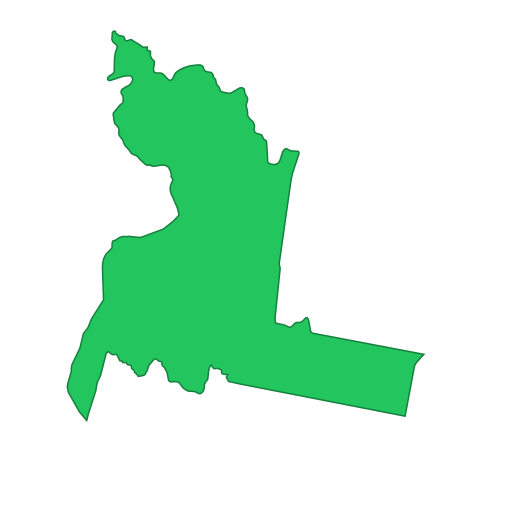 map outline of Chuquisaca (Robinson projection), rotated 11°
{"feature_id": "BOL-1292", "entity_name": "Chuquisaca", "entity_type": "Department", "adm_level": 1, "iso_a3": "BOL", "parent_name": "Bolivia", "parent_adm1": "", "projection": "robinson", "projection_center": [-64.786, -19.94], "detail": "fine", "context": "isolated", "style": "filled", "palette": "green", "viewbox_px": 512, "rotation_deg": 11, "n_neighbors": 0, "source": "natural_earth", "source_scale": "10m", "svg_char_len": 5944}
<svg xmlns="http://www.w3.org/2000/svg" viewBox="0 0 512 512"><g transform="rotate(11 256 256)"><path d="M439.6,320.5L437.3,324.1L433.5,330.5L432.6,333.7L432.9,384.8L264.8,384.7L255.0,384.4L252.9,384.4L252.8,384.0L250.8,381.8L250.0,380.6L250.3,379.4L251.0,378.0L250.3,377.7L249.1,377.9L248.5,378.2L245.5,378.1L244.5,377.4L244.2,375.2L243.3,374.3L241.2,373.8L238.9,373.8L237.3,374.4L236.1,374.6L234.6,373.5L233.3,371.9L232.7,371.6L231.8,373.7L231.7,374.3L231.5,375.5L231.5,378.5L232.1,385.8L232.1,386.4L231.9,387.1L231.5,387.9L230.7,388.9L230.3,390.9L229.9,391.9L229.8,392.5L230.3,394.3L230.4,395.0L230.3,397.4L230.1,398.1L229.9,398.8L229.7,399.4L228.9,400.5L228.4,401.1L227.3,401.9L226.6,402.0L225.7,401.9L222.9,401.0L221.6,400.8L215.2,401.5L213.3,401.1L209.4,399.3L205.6,395.8L204.7,395.1L204.2,394.9L202.8,394.6L202.1,394.6L200.2,394.8L196.9,395.8L196.0,395.8L195.2,395.7L194.7,395.4L194.3,395.0L193.9,394.6L193.6,394.0L191.1,387.8L190.8,387.3L187.6,383.2L187.2,382.9L185.2,381.6L184.8,381.2L184.5,380.7L183.9,378.9L183.7,378.3L183.3,377.9L182.8,377.7L182.2,377.7L180.9,377.7L180.3,377.5L179.7,377.3L178.3,376.4L177.7,376.2L177.1,376.1L176.4,376.4L175.6,377.0L174.6,378.6L173.7,380.4L172.2,383.0L171.5,384.8L171.3,386.3L171.3,388.5L171.2,389.1L170.4,390.8L170.2,391.5L169.9,392.9L169.5,393.7L168.8,394.4L167.0,395.3L165.1,396.0L163.8,396.6L163.3,396.5L162.8,396.2L162.1,395.3L161.7,395.0L160.1,394.1L159.6,393.8L159.2,393.4L158.3,392.0L158.0,391.6L157.5,391.2L157.0,390.9L155.8,390.5L155.3,390.1L154.8,388.3L154.5,387.8L154.1,387.4L153.5,387.2L152.9,387.1L151.6,387.2L151.0,387.2L150.4,387.0L150.0,386.6L149.2,385.8L148.7,385.5L148.1,385.4L147.5,385.6L146.5,386.0L146.0,386.1L145.5,386.0L145.2,385.6L144.5,384.7L143.8,384.7L143.1,384.9L142.3,384.8L142.2,384.7L138.9,380.3L138.1,379.5L137.6,379.3L137.0,379.3L136.4,379.5L134.9,380.1L134.3,380.2L133.7,380.1L131.9,379.5L131.4,379.2L130.0,378.2L129.4,378.2L128.8,378.5L128.1,379.4L127.8,380.1L127.5,380.9L126.2,403.1L124.4,409.9L124.3,411.1L124.3,416.0L124.5,418.5L121.6,442.8L121.2,449.8L112.5,442.8L97.7,425.5L95.9,420.9L95.7,420.2L95.6,417.2L96.7,404.5L96.6,403.8L96.3,402.6L96.1,401.2L96.0,399.6L96.2,397.1L100.7,380.2L101.4,364.9L104.1,359.8L104.9,357.7L106.2,350.7L106.6,348.9L114.7,328.1L107.3,295.9L107.0,293.4L106.9,289.1L107.0,287.9L108.0,283.9L108.5,282.8L109.1,281.7L112.6,276.5L113.1,274.5L112.5,272.4L112.4,271.7L112.4,269.1L112.8,268.4L113.3,268.0L114.5,267.6L115.0,267.3L115.4,267.0L117.2,265.1L119.3,263.3L121.8,262.2L125.0,261.7L127.3,261.0L138.1,260.0L139.9,259.4L159.8,247.3L168.0,237.8L171.5,232.4L172.5,230.7L171.7,228.2L169.4,223.4L160.5,210.6L159.4,208.2L158.8,206.0L158.7,203.6L159.0,201.1L159.6,199.0L159.7,198.0L159.7,196.9L159.3,196.2L158.6,195.2L157.9,194.4L157.6,194.5L157.1,191.9L155.9,189.2L154.2,186.8L152.4,185.1L149.6,184.3L146.5,184.6L138.3,187.5L135.9,187.5L135.6,187.2L135.3,186.7L134.9,186.5L134.1,187.1L132.0,187.8L129.4,186.9L123.0,182.9L121.3,181.5L119.6,180.4L114.9,179.5L113.1,178.2L111.6,176.5L106.4,172.6L105.2,171.2L102.9,167.3L100.1,165.1L98.6,163.5L98.0,162.1L97.5,158.8L97.1,157.3L96.4,156.3L95.7,155.6L92.3,153.1L90.7,149.9L88.7,144.0L88.7,143.3L88.8,142.8L89.3,141.8L93.7,133.7L94.4,132.8L95.8,131.5L96.1,130.8L96.1,130.2L96.0,129.7L95.7,128.4L95.6,126.8L95.2,125.3L94.6,124.2L93.8,123.2L92.9,122.4L92.7,122.1L92.4,121.4L92.2,120.1L92.3,119.0L92.5,118.3L92.7,118.0L96.5,114.4L98.2,113.2L98.9,112.6L99.6,111.5L100.7,109.5L101.1,108.0L101.2,106.8L101.0,105.6L100.8,104.9L100.3,104.3L99.8,103.9L99.2,103.5L98.6,103.3L98.1,103.2L97.4,103.2L92.8,104.4L90.7,105.3L79.3,111.6L78.7,111.7L78.2,111.8L77.7,111.7L76.9,111.2L76.6,110.6L76.5,109.8L76.6,109.0L76.9,108.3L77.3,107.8L77.7,107.2L80.2,104.9L81.0,103.8L81.5,102.7L81.6,102.2L79.4,89.0L79.1,83.9L79.8,78.1L79.7,76.8L79.3,75.9L78.2,75.1L75.9,73.9L75.2,73.4L74.5,72.7L73.5,71.4L73.2,70.6L73.0,69.9L73.0,68.8L72.4,64.5L72.6,63.4L73.0,62.9L73.5,62.5L74.1,62.3L74.6,62.2L75.1,62.4L75.4,62.8L75.6,63.8L75.9,64.2L76.3,64.5L77.6,64.7L78.2,64.9L78.7,65.3L79.3,65.7L80.0,65.8L83.1,65.6L83.9,65.8L84.5,66.1L84.9,66.4L85.3,66.9L85.8,68.1L86.1,68.8L86.6,69.2L87.2,69.5L87.8,69.5L88.4,69.3L91.4,67.7L92.1,67.5L92.6,67.4L93.1,67.6L93.9,68.1L101.9,71.0L104.3,72.3L105.9,72.5L109.4,71.6L109.7,72.8L109.8,73.9L110.2,75.2L111.1,75.2L112.3,74.8L113.4,75.2L114.1,79.3L114.7,80.4L115.8,81.8L116.9,83.0L118.1,83.4L119.3,84.7L119.6,87.6L119.6,90.9L119.9,93.3L121.3,95.1L123.2,95.4L127.3,94.6L129.2,94.8L131.0,95.8L135.9,99.3L137.3,99.9L138.7,99.8L140.0,98.5L140.6,96.9L141.4,93.4L142.1,91.7L143.2,90.3L145.6,87.8L149.5,84.8L155.2,81.8L162.8,79.4L165.2,79.1L167.2,79.7L168.0,80.5L169.2,82.6L169.9,83.6L172.0,84.5L177.1,84.4L179.0,85.9L180.3,88.5L181.2,89.6L182.5,90.1L182.7,90.7L184.2,94.2L185.1,95.4L187.2,97.1L188.1,98.2L189.7,100.6L190.7,101.3L192.2,101.5L197.5,101.5L199.2,101.2L200.5,100.7L207.7,94.3L210.1,93.4L212.3,94.2L212.9,95.1L213.9,98.0L214.4,99.0L216.6,101.3L217.6,102.8L218.0,104.2L217.9,105.8L217.7,107.6L217.7,109.6L218.0,111.2L219.5,114.3L220.1,115.9L220.9,119.2L221.6,120.6L223.8,122.6L226.0,123.9L228.1,125.4L229.6,128.2L229.9,129.8L230.0,131.5L230.3,133.1L231.1,134.4L232.4,135.2L233.9,135.6L237.0,135.8L238.7,136.3L239.6,137.5L240.5,138.9L241.7,140.1L242.5,140.4L243.2,140.5L243.9,140.8L244.5,141.7L248.9,158.5L249.1,160.0L249.6,161.3L250.6,162.2L252.2,162.8L254.1,162.9L256.1,162.8L257.7,162.3L259.0,161.5L260.0,160.4L260.8,159.1L261.3,157.4L262.3,148.5L263.5,146.0L264.8,144.9L266.0,144.9L268.9,145.9L271.1,146.0L277.7,145.2L278.7,147.1L276.1,167.4L275.9,174.7L280.2,258.8L280.6,260.0L282.1,263.7L286.5,312.8L287.8,317.9L290.2,318.2L296.8,318.3L301.6,319.4L302.7,319.5L303.6,319.2L304.1,318.8L304.7,318.1L306.6,315.2L307.3,314.3L308.2,313.6L309.3,313.3L311.3,313.0L312.2,312.6L312.8,312.2L314.1,311.0L314.8,310.1L316.1,308.0L316.8,307.2L317.7,306.7L319.1,307.8L320.5,310.3L323.7,318.7L324.6,320.2L325.4,320.7L326.4,321.0L439.6,320.5Z" fill="#22c55e" stroke="#15803d" stroke-width="1.5"/></g></svg>